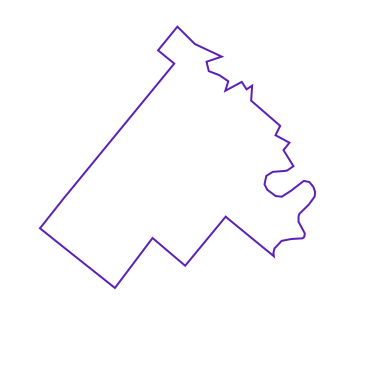 Crawford, Indiana, United States of America, rotated 309°
{"feature_id": "52423323B86743622132490", "entity_name": "Crawford", "entity_type": "district", "adm_level": 2, "iso_a3": "USA", "parent_name": "United States of America", "parent_adm1": "Indiana", "projection": "albers", "projection_center": [-86.373, 38.264], "detail": "fine", "context": "isolated", "style": "outline", "palette": "violet", "viewbox_px": 384, "rotation_deg": 309, "n_neighbors": 0, "source": "geoboundaries", "source_scale": "gbopen_adm2", "svg_char_len": 818}
<svg xmlns="http://www.w3.org/2000/svg" viewBox="0 0 384 384"><g transform="rotate(309 192 192)"><path d="M268.6,252.4L275.9,254.6L282.1,236.8L291.6,236.7L288.7,221.2L298.9,218.9L300.2,180.5L312.5,171.8L306.1,169.8L308.9,161.4L291.6,154.2L300.9,150.5L300.0,139.8L296.5,129.0L302.4,121.3L315.9,129.9L308.8,101.2L311.3,76.6L280.7,76.5L280.6,97.4L106.1,96.3L68.1,96.7L68.3,128.5L68.9,192.5L131.4,190.3L130.4,233.1L194.1,233.7L193.9,237.6L193.6,296.0L195.9,293.6L200.1,291.6L210.4,292.4L217.8,298.6L225.7,307.2L227.6,307.5L230.8,305.8L235.9,293.5L240.2,290.1L242.7,289.2L255.8,290.7L265.7,290.2L269.6,287.5L272.4,283.0L273.6,276.9L271.0,271.9L255.1,268.1L244.8,264.7L241.5,259.5L241.1,249.0L242.8,245.3L243.6,243.5L251.3,239.6L258.5,242.1L267.0,251.1L268.6,252.4Z" fill="none" stroke="#5b21b6" stroke-width="2"/></g></svg>